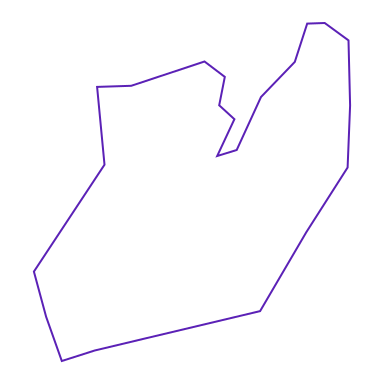 outline of Sha Tin
{"feature_id": "HKG-5163", "entity_name": "Sha Tin", "entity_type": "state/province", "adm_level": 1, "iso_a3": "HKG", "parent_name": "Hong Kong S.A.R.", "parent_adm1": "", "projection": "robinson", "projection_center": [114.207, 22.389], "detail": "fine", "context": "isolated", "style": "outline", "palette": "violet", "viewbox_px": 384, "rotation_deg": 0, "n_neighbors": 0, "source": "natural_earth", "source_scale": "10m", "svg_char_len": 400}
<svg xmlns="http://www.w3.org/2000/svg" viewBox="0 0 384 384"><path d="M204.5,61.5L224.8,76.9L219.2,105.3L234.4,119.2L217.2,156.0L236.7,150.0L261.0,97.0L294.8,61.9L307.2,23.6L324.7,23.0L348.5,40.4L350.1,105.5L347.6,167.5L306.3,232.2L260.1,311.1L143.3,338.9L94.7,350.5L61.8,361.0L46.1,316.7L33.9,271.6L104.5,164.7L97.1,86.9L131.2,85.8L204.5,61.5Z" fill="none" stroke="#5b21b6" stroke-width="2"/></svg>